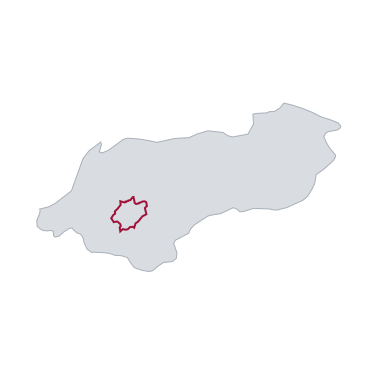 location of Skrapar, Berat, Albania, rotated 79°
{"feature_id": "67620474B62055143354216", "entity_name": "Skrapar", "entity_type": "district", "adm_level": 2, "iso_a3": "ALB", "parent_name": "Albania", "parent_adm1": "Berat", "projection": "mercator", "projection_center": [20.254, 40.545], "detail": "fine", "context": "in_parent", "style": "outline", "palette": "rose", "viewbox_px": 384, "rotation_deg": 79, "n_neighbors": 0, "source": "geoboundaries", "source_scale": "gbopen_adm2", "svg_char_len": 2085}
<svg xmlns="http://www.w3.org/2000/svg" viewBox="0 0 384 384"><g transform="rotate(79 192 192)"><path d="M127.1,117.3L127.4,112.0L128.6,103.5L127.9,100.7L128.7,95.9L126.2,89.4L122.2,84.8L126.1,76.5L131.7,66.5L136.9,58.6L143.3,50.3L147.5,42.4L152.0,35.5L155.9,33.4L157.9,34.9L158.9,37.9L158.7,46.7L160.0,49.8L162.7,52.0L168.4,50.9L174.7,48.7L183.2,44.1L184.7,44.3L187.8,46.8L194.4,57.5L198.7,66.8L207.3,70.1L212.1,73.7L218.3,79.3L221.3,84.9L225.4,101.9L225.9,112.2L224.7,116.8L223.7,118.1L219.8,134.7L220.8,143.2L220.7,148.8L217.5,151.0L215.3,154.5L218.8,168.3L218.4,174.2L218.6,180.9L224.8,196.2L228.6,201.0L231.9,203.2L236.1,217.3L238.6,219.8L248.9,218.4L254.0,220.0L256.0,223.3L256.4,225.6L255.8,233.4L258.3,239.5L261.8,245.7L261.8,249.5L259.5,255.7L255.3,263.0L249.9,265.7L243.8,268.1L241.0,273.7L239.5,279.7L236.8,284.1L235.1,288.9L232.6,298.8L232.0,302.4L227.9,306.0L221.6,307.5L215.9,307.8L212.1,309.4L210.2,312.8L206.6,315.5L204.4,316.7L204.4,319.7L207.0,326.0L210.0,331.0L210.1,335.1L208.6,336.2L204.0,335.7L203.0,337.2L202.5,341.7L201.3,345.6L199.4,348.0L196.1,350.6L190.0,349.7L184.3,345.8L181.4,344.6L179.7,344.8L179.2,335.3L176.8,327.9L167.8,310.1L138.5,292.7L131.6,284.9L128.6,278.3L125.5,272.1L128.4,271.9L131.3,273.5L135.0,275.4L136.5,272.3L134.9,265.5L127.3,249.6L126.8,245.2L130.5,231.8L136.6,216.8L136.2,198.5L138.1,184.7L136.0,175.8L135.0,164.7L139.5,150.1L143.4,146.4L145.7,141.8L145.9,126.1L137.2,118.7L127.1,117.3Z" fill="#d9dde1" stroke="#a8b0b8" stroke-width="1"/><path d="M187.4,264.1L191.0,264.5L194.2,268.2L196.3,271.4L198.6,271.6L199.6,273.7L202.4,276.3L206.7,274.5L206.6,272.5L206.8,270.8L209.9,268.5L211.8,268.4L212.8,269.7L217.0,269.9L215.2,267.0L216.4,264.3L216.3,262.1L214.7,259.7L214.8,256.8L216.1,255.6L212.0,253.4L210.9,250.7L206.4,245.3L205.1,241.0L198.8,241.3L197.8,240.0L197.1,238.9L193.2,238.9L192.1,240.3L191.9,242.5L192.4,244.0L192.5,245.9L193.0,246.2L193.1,249.2L191.8,250.3L185.7,250.4L185.7,251.1L188.2,254.1L188.2,256.2L188.7,256.5L188.7,259.1L189.3,259.1L189.2,260.7L187.4,264.1Z" fill="none" stroke="#9f1239" stroke-width="2"/></g></svg>